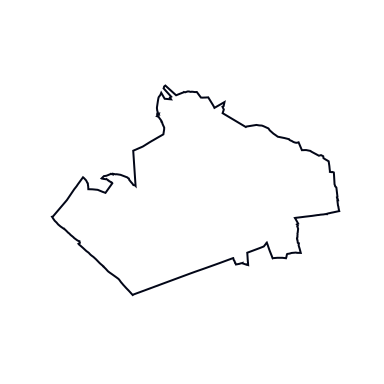 Doctor Mora, Guanajuato, Mexico, rotated 331°
{"feature_id": "50627088B4688802652397", "entity_name": "Doctor Mora", "entity_type": "district", "adm_level": 2, "iso_a3": "MEX", "parent_name": "Mexico", "parent_adm1": "Guanajuato", "projection": "equal_earth", "projection_center": [-100.35, 21.147], "detail": "fine", "context": "isolated", "style": "outline", "palette": "ink", "viewbox_px": 384, "rotation_deg": 331, "n_neighbors": 0, "source": "geoboundaries", "source_scale": "gbopen_adm2", "svg_char_len": 5762}
<svg xmlns="http://www.w3.org/2000/svg" viewBox="0 0 384 384"><g transform="rotate(331 192 192)"><path d="M268.2,272.8L268.0,271.2L269.5,271.2L269.5,265.9L269.6,265.6L269.5,265.4L269.5,265.2L269.4,264.9L269.4,264.6L270.0,264.8L275.4,267.0L278.9,268.4L285.7,271.2L290.5,273.0L291.8,273.6L292.7,273.9L293.3,274.1L296.2,275.4L297.1,275.7L297.4,275.8L298.1,276.1L298.3,276.2L298.8,276.5L298.8,276.3L299.9,276.6L300.9,276.8L302.1,277.2L304.2,277.8L305.4,278.2L310.7,279.8L311.5,280.1L312.0,278.3L312.3,277.5L312.5,276.8L312.9,275.9L313.1,274.7L315.0,270.0L315.7,270.2L316.1,268.5L315.8,268.3L316.2,266.8L316.9,266.7L320.3,258.4L320.4,258.2L320.4,257.7L320.2,257.3L320.0,256.4L320.1,256.2L320.2,255.9L320.4,254.4L324.4,246.1L325.5,243.7L325.2,243.3L324.7,242.8L324.3,242.4L324.0,242.4L323.5,242.2L323.3,242.0L322.9,241.7L322.8,241.4L322.4,241.2L322.9,240.3L323.3,239.2L324.8,235.7L326.4,231.4L323.4,226.3L324.1,224.3L322.7,222.3L320.6,221.8L315.9,214.5L315.7,214.0L315.7,213.9L315.4,213.4L312.1,210.6L308.4,208.7L309.3,200.2L308.3,200.0L307.4,199.7L307.0,199.4L306.4,199.0L306.0,198.6L305.0,197.5L303.9,195.6L303.3,194.9L302.9,194.3L302.5,193.7L302.5,193.4L302.5,192.9L299.1,189.7L293.8,185.2L293.4,184.3L292.7,182.8L291.5,180.4L289.9,175.8L289.7,173.7L289.5,173.2L288.8,172.3L286.9,169.7L285.7,168.2L285.2,167.7L283.0,166.3L280.9,164.6L271.5,161.2L270.6,161.3L257.0,137.9L259.8,135.3L260.0,132.2L261.3,132.2L264.0,129.1L252.4,129.3L252.5,128.2L252.5,126.4L252.1,117.4L252.1,117.1L251.4,116.8L249.8,116.0L246.8,114.5L245.6,113.7L244.7,106.9L242.8,105.9L241.5,104.9L240.9,104.5L240.3,104.1L239.8,104.0L239.1,103.6L238.5,103.0L238.2,102.7L237.7,102.4L237.0,102.0L236.1,101.8L234.4,101.5L233.5,100.7L233.4,100.8L225.0,99.7L220.3,86.0L218.9,86.2L218.7,86.3L217.8,87.3L217.4,87.6L220.0,98.6L219.3,98.6L218.5,98.7L218.6,100.8L213.3,97.2L213.2,90.3L212.7,90.7L211.9,91.4L211.1,91.9L210.0,92.4L209.2,92.7L208.5,93.2L207.4,94.5L206.2,96.0L202.3,101.1L201.9,101.8L201.4,103.1L201.1,103.8L200.9,104.7L200.8,105.3L200.0,106.4L200.5,106.8L201.1,107.2L200.9,107.3L200.7,107.7L200.6,108.3L200.2,108.0L199.7,107.6L199.3,107.1L198.9,107.7L198.9,108.7L198.2,108.8L199.3,110.3L199.3,111.3L199.7,114.4L199.7,115.7L199.3,115.8L199.5,117.3L199.3,117.8L199.2,118.4L199.1,119.7L198.9,122.2L197.8,124.0L194.9,127.7L187.7,127.8L183.1,127.9L181.4,127.9L178.6,128.0L171.0,128.4L160.6,127.4L145.6,159.3L145.4,158.6L144.1,157.5L143.9,155.5L143.8,155.2L143.4,153.4L143.1,151.5L143.0,151.3L143.3,149.6L142.8,149.0L142.7,148.5L142.6,148.0L137.8,142.3L134.7,139.9L133.9,139.6L131.6,137.7L131.3,138.3L129.7,136.7L129.2,136.8L125.0,136.3L122.6,135.4L119.5,136.3L119.7,136.6L120.1,136.9L121.0,137.7L122.0,138.4L122.3,138.7L122.6,138.9L123.1,139.1L123.3,139.1L123.3,139.4L123.4,139.5L123.5,139.6L123.8,139.8L123.9,140.0L124.0,140.2L124.1,140.4L124.1,140.9L124.2,141.1L124.5,141.3L124.5,141.5L124.7,141.8L124.8,142.1L124.8,142.4L125.0,142.6L125.2,142.8L125.3,143.1L125.5,143.5L125.8,143.8L126.0,144.0L126.0,144.5L126.4,144.8L126.5,145.1L126.6,145.4L126.5,145.8L126.2,145.9L115.9,150.8L114.2,148.9L110.6,144.4L106.4,141.5L102.7,139.3L104.0,136.6L104.3,135.6L104.7,134.8L105.0,134.1L105.1,133.7L104.9,133.4L104.9,132.9L104.9,132.6L105.0,132.1L105.0,131.4L105.0,130.4L104.6,128.8L104.3,127.6L103.8,126.3L102.7,126.8L95.8,130.0L93.9,131.0L90.3,132.5L78.7,138.4L58.5,146.0L57.6,145.8L57.7,147.8L57.8,149.1L58.0,150.7L58.3,151.7L58.7,152.9L59.2,155.5L60.3,158.4L62.4,162.7L62.5,162.6L63.1,164.5L63.5,165.9L64.0,167.7L64.5,168.7L64.9,170.3L65.2,171.2L65.5,171.9L65.9,172.9L66.4,174.2L66.6,175.1L68.3,178.8L69.0,179.8L69.7,180.5L69.5,180.9L69.4,181.7L69.3,182.1L67.8,182.3L67.6,182.3L67.7,183.0L68.1,184.1L68.4,184.8L68.5,185.1L69.7,188.5L70.6,191.3L71.0,192.5L71.8,194.2L72.2,195.1L72.6,196.8L72.8,197.5L73.2,198.6L73.6,199.5L74.3,201.0L74.9,202.8L75.4,204.3L76.8,209.5L77.4,211.2L78.2,213.3L78.5,214.1L78.3,214.2L78.7,215.3L79.3,217.3L79.6,218.6L79.9,219.9L80.1,220.7L80.8,222.3L82.7,226.2L84.5,230.0L85.5,232.2L85.8,233.3L86.2,236.6L86.6,238.4L86.8,239.6L87.9,244.2L89.0,248.3L90.2,253.4L91.3,253.3L95.8,254.0L99.7,254.6L150.7,262.4L156.3,263.3L163.8,264.6L164.4,264.7L167.4,265.2L181.4,267.5L195.7,269.7L196.0,269.8L195.5,272.0L195.5,272.3L195.7,272.6L195.6,273.6L195.4,274.4L195.5,274.4L195.5,275.2L195.3,276.7L197.4,277.4L199.0,277.9L199.4,277.9L200.2,278.1L200.5,278.2L201.1,278.4L201.6,278.5L201.4,278.7L202.8,280.2L204.5,282.1L204.7,281.9L205.7,283.1L206.5,281.4L206.9,280.6L207.1,279.9L207.4,279.4L207.9,278.3L208.0,278.0L208.6,276.8L209.4,275.1L210.9,271.9L215.5,272.6L224.2,273.9L227.3,274.3L228.2,274.4L228.5,274.4L230.4,273.6L231.6,273.1L232.5,272.6L232.9,272.5L232.5,275.1L232.3,276.2L231.7,279.6L231.4,281.5L230.7,287.0L230.4,288.7L230.4,289.1L230.7,289.1L233.6,290.4L235.1,291.1L236.9,292.1L238.7,293.1L239.2,293.4L239.9,293.9L241.0,294.7L242.1,295.5L242.3,295.3L242.4,295.2L242.5,295.0L242.7,294.9L242.9,294.8L243.3,294.3L244.7,292.7L244.8,292.6L245.0,292.5L245.1,292.4L245.3,292.4L245.7,292.5L247.0,293.0L247.8,293.2L248.4,293.4L249.3,293.5L250.5,294.0L251.8,294.6L253.0,295.1L253.6,295.4L253.8,295.6L254.4,296.2L254.9,296.4L255.7,296.9L257.6,298.0L258.3,295.2L258.7,293.6L259.0,292.0L259.4,290.3L259.8,289.8L260.0,289.5L260.2,289.0L260.4,288.9L260.6,288.7L259.9,287.8L260.2,286.9L260.3,286.7L260.6,286.1L260.9,285.3L260.8,285.2L260.8,284.8L260.9,284.7L261.2,284.0L261.3,283.9L261.2,283.7L261.4,283.3L261.5,283.2L262.3,282.4L262.5,282.4L262.9,281.5L263.1,281.2L263.3,280.9L263.6,280.6L263.9,279.9L264.1,279.4L264.8,278.7L265.0,278.5L265.1,278.2L265.3,278.0L265.6,277.6L266.0,277.0L266.3,276.5L266.5,276.3L266.9,275.8L267.0,275.6L267.1,274.9L267.2,274.6L267.3,274.2L267.3,273.8L267.3,273.5L267.3,273.3L267.7,273.1L267.9,272.9L268.2,272.8Z" fill="none" stroke="#020617" stroke-width="2"/></g></svg>